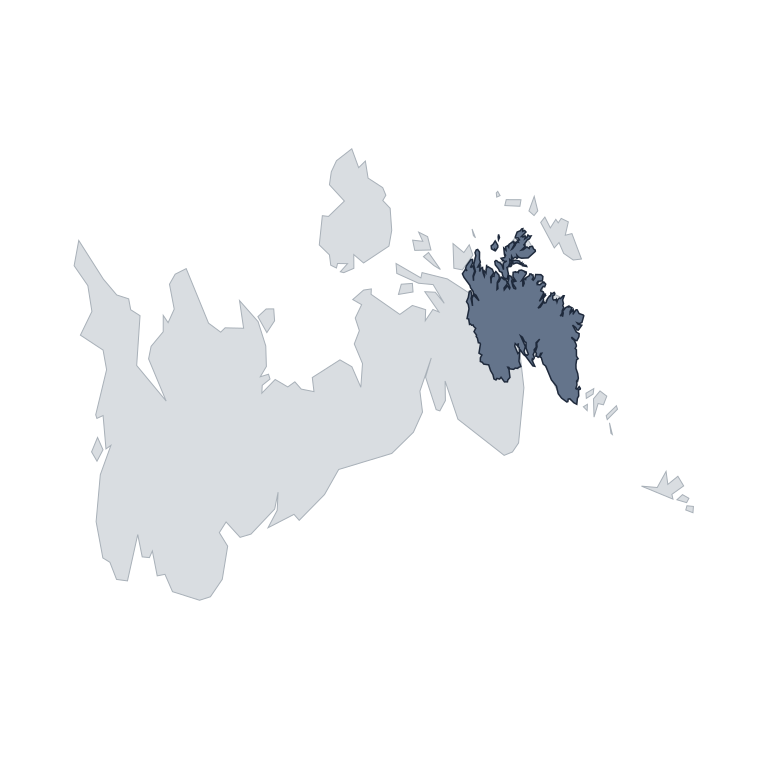 where Highland sits in United Kingdom, rotated 95°
{"feature_id": "GBR-2745", "entity_name": "Highland", "entity_type": "Unitary District", "adm_level": 1, "iso_a3": "GBR", "parent_name": "United Kingdom", "parent_adm1": "", "projection": "natural_earth1", "projection_center": [-5.279, 57.587], "detail": "fine", "context": "in_parent", "style": "filled", "palette": "slate", "viewbox_px": 768, "rotation_deg": 95, "n_neighbors": 0, "source": "natural_earth", "source_scale": "10m", "svg_char_len": 9843}
<svg xmlns="http://www.w3.org/2000/svg" viewBox="0 0 768 768"><g transform="rotate(95 384 384)"><path d="M420.0,599.5L379.5,620.7L366.8,619.3L351.2,608.5L334.9,609.9L341.7,604.4L327.7,599.5L303.3,606.4L292.8,601.6L286.3,591.1L338.7,564.1L346.6,551.2L341.9,547.2L340.7,528.7L313.5,535.2L332.8,514.9L356.4,505.1L376.8,502.7L387.6,507.9L384.3,499.9L389.0,498.0L395.9,505.2L403.8,504.9L389.0,492.8L395.3,479.6L389.6,473.0L396.3,466.0L397.7,453.1L383.8,456.0L363.8,430.0L369.6,417.5L389.3,406.8L365.5,407.2L346.7,417.1L333.0,413.2L320.8,418.4L306.9,413.2L302.6,422.5L292.2,412.5L290.4,404.9L295.8,404.7L313.3,374.3L303.3,362.6L306.3,349.0L317.4,348.4L305.5,341.8L307.5,335.5L288.5,351.4L288.1,340.9L298.4,331.0L280.7,343.7L280.6,358.4L272.7,380.9L262.9,382.5L275.1,356.5L269.7,355.8L273.8,330.0L289.7,300.1L268.4,313.4L246.5,302.5L264.9,294.6L258.9,291.6L271.3,279.9L272.6,272.3L262.0,263.7L261.7,258.5L271.8,253.9L264.4,246.8L270.6,234.3L291.0,234.3L279.4,223.4L282.8,213.5L297.7,212.1L294.0,205.0L297.3,194.5L323.7,197.6L385.9,190.5L378.9,208.7L343.9,229.8L341.9,236.1L350.0,238.0L337.5,252.1L375.6,244.3L431.0,244.8L440.5,250.1L444.6,258.1L412.6,307.3L375.7,323.4L395.2,321.4L405.9,326.0L405.0,329.8L373.5,343.2L353.9,339.2L388.0,347.6L408.6,343.2L429.5,350.5L452.5,370.2L473.1,421.7L499.3,433.6L527.2,456.6L521.7,462.3L537.3,487.0L519.2,479.4L501.0,480.1L518.1,482.0L545.1,503.4L549.3,514.0L535.2,529.3L546.4,535.1L559.2,525.6L592.7,528.1L611.1,538.4L615.5,548.9L609.3,576.6L592.7,585.6L594.9,593.2L570.5,600.2L577.4,602.6L577.3,609.8L555.4,616.2L602.5,622.4L602.0,633.4L585.5,641.5L581.8,648.9L546.2,658.8L499.1,658.7L468.9,650.7L472.9,655.3L439.9,661.1L443.3,667.0L439.8,668.5L393.9,661.6L374.7,666.8L361.8,690.7L337.2,681.3L311.8,687.6L293.2,703.0L267.6,700.6L303.9,672.8L318.6,658.0L321.4,645.8L332.1,642.8L337.2,633.0L387.1,632.0L420.0,599.5ZM251.1,460.6L221.7,460.1L221.9,453.9L205.2,439.4L190.3,455.7L177.2,455.0L165.7,450.8L152.5,436.6L170.7,428.1L163.5,422.0L180.3,417.8L188.5,402.4L195.8,398.6L201.3,401.2L208.4,393.2L230.3,389.7L246.2,391.1L265.2,414.9L257.7,425.4L271.4,424.1L276.6,433.8L276.0,437.3L267.3,430.8L268.0,440.8L272.6,441.5L270.3,447.4L260.1,449.6L251.1,460.6ZM244.0,206.3L238.2,216.4L227.8,222.0L233.6,226.2L209.4,242.0L203.7,238.3L214.0,231.9L205.0,227.2L208.3,224.5L203.6,221.9L206.4,214.5L220.0,216.4L217.8,209.9L242.3,198.2L244.0,206.3ZM246.2,256.3L246.5,267.5L267.8,272.6L253.2,283.3L251.1,274.1L238.0,274.0L218.1,260.0L236.5,246.9L246.2,256.3ZM459.4,76.6L468.8,87.6L473.5,86.1L463.3,118.6L463.3,102.8L446.5,95.4L459.3,92.5L450.3,83.2L459.4,76.6ZM262.6,324.5L238.1,327.5L246.1,315.9L237.9,311.2L247.8,306.7L263.5,315.9L262.6,324.5ZM330.6,498.5L343.0,505.2L327.9,515.5L319.5,507.9L318.8,500.4L330.6,498.5ZM246.4,348.9L248.2,365.0L238.2,368.0L238.5,357.8L229.7,362.7L233.4,353.4L246.4,348.9ZM385.6,163.6L384.8,169.0L398.7,171.9L380.5,174.0L372.1,168.2L376.7,161.0L385.6,163.6ZM293.5,377.4L283.1,375.5L281.3,364.5L289.8,363.1L293.5,377.4ZM485.9,663.2L477.1,669.4L462.2,664.7L474.0,658.2L485.9,663.2ZM253.7,355.8L249.1,351.1L265.0,337.8L261.7,344.5L253.7,355.8ZM198.1,245.9L203.1,249.2L199.0,254.7L184.0,250.7L198.1,245.9ZM195.7,279.2L189.7,278.3L188.5,263.6L195.1,264.1L195.7,279.2ZM473.8,82.1L468.2,77.0L471.3,70.3L475.8,72.2L473.8,82.1ZM400.0,158.5L396.2,159.9L385.4,150.6L388.8,149.2L400.0,158.5ZM380.7,181.2L375.6,182.0L370.3,174.6L375.8,174.8L380.7,181.2ZM485.3,65.0L483.2,72.4L478.9,71.6L479.0,65.1L485.3,65.0ZM413.4,153.6L403.0,156.0L414.4,152.1L413.4,153.6ZM239.9,288.0L236.8,288.6L232.9,284.9L237.9,283.0L239.9,288.0ZM392.8,179.3L389.3,183.4L386.5,179.6L392.8,179.3ZM228.3,307.9L221.9,309.8L230.4,305.6L228.3,307.9ZM188.0,288.0L183.9,288.8L182.2,287.5L186.2,284.8L188.0,288.0Z" fill="#d9dde1" stroke="#a8b0b8" stroke-width="1"/><path d="M284.3,307.1L283.7,305.8L285.2,305.0L288.3,304.2L291.3,304.7L298.5,302.6L290.9,303.8L287.4,302.6L292.8,296.6L287.6,300.0L286.0,302.8L284.1,303.2L280.5,306.2L278.4,306.9L270.8,313.6L267.4,315.5L263.0,313.1L264.0,311.1L261.9,312.8L259.2,312.3L252.4,308.3L252.2,306.9L255.6,306.2L259.9,307.9L260.2,307.4L258.7,305.8L263.5,303.5L268.7,304.7L273.4,303.8L269.2,304.2L264.0,302.7L257.3,305.0L248.0,303.7L245.2,304.8L242.4,303.8L241.8,302.4L244.3,300.3L251.3,299.8L254.2,298.6L259.3,300.8L259.0,299.5L257.8,298.6L263.7,298.6L260.3,297.4L259.4,296.0L264.7,295.0L268.1,293.4L266.7,293.2L264.3,294.5L262.5,294.1L264.7,292.1L256.2,292.1L259.3,291.8L258.1,290.5L260.3,286.1L263.8,284.4L268.2,287.1L274.4,286.1L269.6,286.4L267.0,285.4L267.2,283.8L264.4,283.7L262.2,282.4L265.6,278.9L268.8,278.3L272.8,280.0L280.0,279.7L279.1,278.8L273.6,279.7L271.6,278.1L267.2,276.7L269.7,273.2L268.9,272.2L271.9,270.3L273.5,270.0L277.9,272.8L279.7,272.4L275.4,269.6L278.2,267.2L277.0,266.9L271.9,269.6L268.3,268.8L265.4,269.2L265.0,268.4L266.3,266.4L268.4,265.2L270.3,265.9L275.4,264.2L277.4,262.9L277.8,261.2L277.0,261.1L272.6,264.6L269.1,264.0L270.6,263.1L270.0,261.5L266.0,264.8L261.5,265.1L260.7,262.8L261.3,262.4L260.7,260.8L261.3,260.0L259.1,259.4L258.5,257.0L259.7,253.2L260.4,253.2L260.1,252.0L261.7,251.9L269.1,256.0L268.5,254.8L274.9,254.2L271.5,253.1L268.2,254.0L266.6,252.7L267.3,252.0L265.7,251.8L263.5,248.8L261.6,248.3L261.6,246.9L262.5,246.1L262.3,245.2L264.8,244.5L266.7,245.5L267.6,244.4L265.5,243.0L261.7,242.4L261.4,237.2L263.0,235.1L266.5,235.1L267.6,235.6L268.2,239.5L270.7,240.8L269.8,239.5L271.6,240.0L271.6,237.3L268.7,234.6L269.2,234.0L268.5,233.6L270.4,231.6L273.2,232.4L272.9,234.0L276.1,235.8L277.5,236.0L278.3,233.4L279.4,232.8L288.1,236.4L283.6,233.3L280.4,232.2L280.4,231.2L281.3,231.4L281.6,230.7L284.7,232.8L286.5,232.4L289.1,233.4L295.0,237.2L293.8,235.0L288.1,232.0L289.4,231.2L288.9,229.7L284.9,228.6L281.9,226.8L282.2,226.4L281.5,225.7L278.8,225.6L279.4,224.4L277.9,222.5L278.8,221.7L280.5,222.1L281.6,223.6L284.5,223.3L285.6,222.4L285.0,220.4L285.6,220.0L284.7,219.6L287.2,218.8L285.0,218.3L283.1,216.8L283.5,215.6L280.4,213.2L280.4,212.2L284.8,213.4L288.4,212.2L290.3,212.8L292.3,211.6L295.1,212.8L298.0,212.8L301.1,214.4L298.9,212.8L301.4,212.0L297.7,211.6L295.9,212.3L292.0,209.6L290.3,206.8L291.2,206.8L290.8,205.6L291.7,203.3L295.5,204.9L297.4,204.8L295.7,203.7L295.5,202.8L293.7,203.3L294.3,202.4L293.3,202.0L295.8,201.0L298.3,202.0L293.3,199.1L293.3,198.0L296.8,195.8L297.9,191.5L298.6,190.9L305.5,192.2L306.9,194.9L306.3,196.9L307.5,195.9L308.2,192.1L313.4,195.1L313.1,196.5L311.0,198.0L308.9,201.3L315.6,196.9L316.8,194.0L319.9,193.9L324.0,195.6L324.0,196.9L320.9,201.3L322.4,200.5L323.6,198.5L327.7,196.1L329.4,195.6L332.6,196.9L332.0,196.5L333.2,195.3L339.5,194.7L341.9,192.8L343.0,194.2L347.9,194.5L351.8,194.1L356.8,191.9L361.3,190.9L363.8,191.3L363.2,191.7L364.3,192.4L368.1,191.7L371.9,192.5L372.4,191.3L369.6,189.3L371.3,188.0L372.1,188.1L372.9,189.7L379.0,189.0L381.4,190.1L387.4,190.2L386.1,193.3L382.5,197.6L383.0,199.2L385.5,199.3L386.0,200.3L382.6,205.9L378.5,209.6L371.1,212.0L365.3,217.6L352.1,224.4L350.2,227.2L343.9,229.7L343.4,231.2L339.6,229.5L339.9,230.7L342.7,231.4L344.0,232.8L343.1,233.9L343.1,235.1L340.3,234.8L338.7,236.0L333.6,234.8L329.9,235.4L325.7,232.8L329.6,236.1L334.1,235.6L336.7,237.4L337.5,237.3L337.2,236.4L341.7,238.0L344.3,236.6L345.7,236.9L346.5,237.6L345.9,238.4L347.4,238.6L353.2,235.3L353.0,237.3L344.1,245.2L342.5,245.1L342.8,243.6L341.6,242.8L335.9,245.6L330.2,246.1L329.6,247.6L325.3,250.2L324.2,252.1L334.4,246.4L339.2,247.4L343.1,245.6L343.4,246.3L342.4,247.6L338.2,251.2L338.8,252.0L335.9,252.5L335.2,253.8L331.7,253.6L334.2,254.4L332.3,256.8L334.8,257.1L342.0,253.3L339.8,251.6L349.6,251.5L354.7,249.2L355.9,251.7L356.8,252.1L356.7,254.7L358.1,256.1L358.0,259.8L356.5,261.1L356.5,262.2L358.8,260.7L366.5,259.1L369.2,261.0L371.1,261.2L371.4,264.2L367.1,268.0L369.0,269.2L368.6,272.0L370.2,272.8L369.4,274.9L365.2,276.3L361.4,279.0L355.8,281.4L355.5,286.4L353.8,288.0L353.2,290.0L349.5,290.3L346.6,289.0L345.0,292.1L335.8,291.4L334.7,292.2L334.7,293.6L330.1,295.0L328.7,296.3L327.2,296.1L324.0,298.9L320.5,297.5L318.7,299.8L317.5,300.3L317.8,301.9L316.7,303.0L317.2,304.0L311.9,305.3L311.6,307.0L301.7,305.9L297.4,307.0L294.8,309.0L290.5,307.6L284.3,307.1ZM227.0,265.6L226.3,266.1L221.0,264.6L219.4,261.5L217.6,260.5L217.1,259.2L219.9,259.2L218.8,257.3L220.2,255.8L225.1,259.9L224.9,258.8L225.5,258.4L224.1,256.5L225.0,255.9L227.1,256.4L225.5,254.4L223.0,253.6L224.1,252.1L223.7,250.4L226.8,251.8L227.6,253.6L231.6,255.9L233.6,255.6L232.6,257.3L234.6,255.4L238.6,258.8L238.0,256.8L235.0,253.6L236.4,251.2L234.6,250.8L233.9,248.1L236.4,246.8L237.4,245.0L238.7,244.8L245.8,251.4L246.7,258.0L246.0,261.0L244.2,262.8L247.0,262.0L247.4,262.6L246.3,264.0L246.6,265.0L248.2,266.4L245.7,268.0L250.6,267.8L249.1,269.6L252.3,269.1L256.2,270.3L257.2,271.7L263.3,269.7L268.7,270.4L268.0,273.4L266.7,274.8L262.6,276.2L261.7,278.7L259.4,279.9L255.6,283.5L252.3,284.3L251.2,283.3L251.4,282.3L252.6,281.0L253.2,279.0L255.3,276.8L259.7,274.9L253.3,275.7L250.7,272.4L251.6,274.4L250.3,276.0L250.7,276.5L248.6,278.4L247.5,274.9L245.2,274.1L244.7,274.4L245.4,274.9L244.6,275.3L238.2,276.5L240.1,274.1L236.9,274.9L235.4,272.8L236.9,271.7L234.1,271.7L230.7,267.6L233.7,266.3L238.5,268.4L238.0,267.7L234.2,265.3L231.6,265.6L232.3,264.8L231.1,264.4L231.6,264.0L230.9,263.5L231.1,262.4L228.9,263.6L229.2,262.5L228.6,261.6L226.7,263.2L227.0,265.6ZM237.8,282.5L241.2,284.4L240.3,285.3L241.5,285.3L240.0,288.7L237.0,289.3L235.5,287.6L231.8,285.7L236.0,282.7L237.8,282.5ZM249.8,265.6L249.2,264.1L249.6,260.4L249.9,259.4L252.0,258.8L251.0,257.2L252.9,257.2L252.3,256.0L253.0,256.2L253.5,256.8L251.9,261.4L252.0,263.2L253.2,265.6L250.2,266.8L249.4,266.4L249.8,265.6ZM254.6,269.2L252.3,268.1L252.1,267.3L254.7,267.1L255.9,267.9L256.1,268.8L254.6,269.2ZM225.0,282.9L228.1,281.7L230.3,282.5L227.6,283.1L225.0,282.9ZM254.2,255.6L253.2,254.7L253.5,252.7L254.5,252.1L254.2,255.6Z" fill="#64748b" stroke="#1e293b" stroke-width="1.5"/></g></svg>